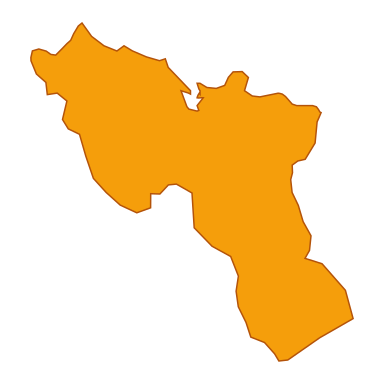 SVG path tracing the border of Nord
{"feature_id": "HTI-1387", "entity_name": "Nord", "entity_type": "Department", "adm_level": 1, "iso_a3": "HTI", "parent_name": "Haiti", "parent_adm1": "", "projection": "natural_earth1", "projection_center": [-72.317, 19.567], "detail": "fine", "context": "isolated", "style": "filled", "palette": "amber", "viewbox_px": 384, "rotation_deg": 0, "n_neighbors": 0, "source": "natural_earth", "source_scale": "10m", "svg_char_len": 1442}
<svg xmlns="http://www.w3.org/2000/svg" viewBox="0 0 384 384"><path d="M82.0,23.0L91.6,36.4L104.0,45.8L116.9,51.0L124.0,45.8L132.4,50.9L146.4,56.9L159.5,60.7L165.3,58.8L168.2,67.4L190.5,90.7L190.5,94.1L188.3,93.0L181.0,90.7L186.9,106.7L188.9,109.1L197.1,111.1L198.8,110.4L197.1,105.6L203.2,97.8L201.6,97.7L198.6,98.0L197.1,97.8L197.2,97.2L198.2,94.8L199.3,93.1L200.0,94.1L200.0,90.7L198.9,89.0L197.1,83.3L200.0,83.3L206.9,87.5L216.3,88.4L224.7,85.4L228.4,77.3L233.1,71.9L242.2,71.6L248.4,77.5L244.5,90.7L252.3,96.0L259.9,96.9L278.1,93.2L279.7,93.4L282.3,94.1L285.5,96.5L292.2,104.1L296.7,105.6L312.6,105.6L316.4,106.8L318.4,109.4L319.9,112.0L321.1,112.6L318.9,117.8L317.1,121.9L315.1,143.0L305.2,159.3L297.8,161.0L292.2,165.1L292.5,172.7L290.7,179.6L292.1,192.5L298.3,205.4L303.1,221.6L311.0,235.8L309.5,250.4L305.0,258.4L313.5,261.0L322.1,263.8L345.4,290.3L353.1,318.6L319.8,337.7L287.8,360.0L278.9,361.0L274.6,353.8L264.5,342.5L250.8,337.1L246.0,322.4L238.3,306.8L236.1,291.2L238.4,276.1L230.7,256.5L212.1,246.3L194.2,227.8L192.0,193.0L183.1,187.9L176.4,184.1L168.4,184.9L159.9,194.0L150.7,193.7L150.6,207.8L136.8,212.8L120.2,205.1L106.2,192.5L93.4,178.4L85.8,156.1L79.5,134.3L68.3,128.9L62.5,119.5L66.9,101.0L57.2,93.1L47.3,94.6L45.9,82.4L36.4,74.0L31.0,60.8L30.9,57.5L32.4,50.9L38.8,49.0L46.2,51.1L50.8,54.4L55.7,55.1L61.7,49.1L66.9,43.7L70.7,40.3L73.7,33.7L78.3,26.0L82.0,23.0Z" fill="#f59e0b" stroke="#b45309" stroke-width="1.5"/></svg>